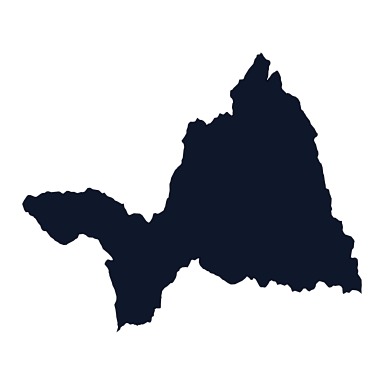 the district of Aija, Áncash, Peru
{"feature_id": "86281439B16913171463289", "entity_name": "Aija", "entity_type": "district", "adm_level": 2, "iso_a3": "PER", "parent_name": "Peru", "parent_adm1": "Áncash", "projection": "equal_earth", "projection_center": [-77.714, -9.768], "detail": "fine", "context": "isolated", "style": "filled", "palette": "ink", "viewbox_px": 384, "rotation_deg": 0, "n_neighbors": 0, "source": "geoboundaries", "source_scale": "gbopen_adm2", "svg_char_len": 5989}
<svg xmlns="http://www.w3.org/2000/svg" viewBox="0 0 384 384"><path d="M320.7,164.0L320.2,163.9L318.9,162.2L317.6,159.2L316.8,158.1L316.8,157.1L317.7,154.3L317.5,151.8L316.6,150.1L315.3,144.8L313.8,142.0L313.1,140.1L313.9,138.0L314.7,137.0L316.3,136.0L317.0,134.9L316.9,133.9L315.7,132.7L314.0,129.1L310.2,124.5L309.1,121.1L305.5,116.4L304.5,114.4L303.5,113.2L302.8,111.6L300.5,109.7L299.9,105.7L299.4,104.3L299.5,102.8L297.6,99.3L295.3,97.4L292.2,96.5L289.2,94.2L287.5,93.8L286.2,94.2L285.6,94.0L285.3,93.2L281.6,89.5L280.9,87.4L281.4,84.4L281.0,82.5L280.2,80.3L280.1,77.3L278.7,73.9L277.3,71.5L276.5,71.5L275.4,72.6L273.8,73.3L272.2,74.7L270.2,77.9L269.3,78.7L267.9,80.9L267.4,81.0L266.5,80.3L266.2,79.1L267.2,77.0L267.5,75.3L267.7,70.9L268.2,69.4L268.2,66.3L269.6,63.9L269.7,62.3L269.0,61.1L265.7,60.0L263.1,56.8L261.7,54.2L261.1,53.7L260.6,54.8L260.1,55.1L257.8,55.3L257.4,55.7L257.2,57.4L255.4,59.5L254.0,64.2L249.4,69.5L245.3,76.2L244.7,78.3L243.9,79.7L242.9,80.1L239.9,80.3L239.2,83.2L238.3,84.5L234.0,88.6L233.0,90.1L231.0,91.1L230.8,95.7L231.2,96.9L232.6,98.1L233.1,99.0L233.6,100.3L233.8,101.5L233.7,103.1L233.1,103.8L232.7,107.6L233.6,110.9L233.3,112.8L233.5,114.5L232.9,115.7L232.0,116.3L230.8,116.0L228.2,113.9L227.2,112.7L226.5,112.8L224.1,115.2L222.2,115.1L220.2,114.1L219.9,114.2L219.4,115.6L218.3,117.4L217.5,118.2L214.8,118.6L213.0,121.5L210.6,124.0L208.8,124.3L207.0,125.7L206.1,125.7L205.1,123.6L203.1,121.5L201.2,120.6L199.8,120.8L197.5,118.9L196.2,121.3L195.3,122.2L192.7,122.6L190.8,122.4L189.4,123.5L188.7,124.9L188.3,127.6L187.2,130.4L187.2,133.4L185.3,136.8L182.4,140.9L182.6,141.5L184.4,143.5L185.0,147.1L184.3,150.1L183.5,158.0L182.3,160.5L182.4,163.4L180.9,165.5L178.2,167.6L177.8,168.6L176.5,169.6L175.4,171.0L171.9,178.0L171.1,181.9L170.2,184.1L170.4,190.7L169.6,194.7L169.4,196.9L169.1,198.1L167.7,199.1L167.0,201.2L165.8,207.1L165.0,208.5L164.7,209.9L163.8,211.3L159.4,214.0L158.0,214.5L156.8,214.4L155.2,213.8L154.0,214.2L153.0,218.2L151.1,221.5L149.5,223.2L148.1,223.3L145.7,221.5L141.8,215.8L139.7,214.4L134.0,214.0L130.1,215.8L128.9,215.8L128.0,215.3L126.8,213.6L125.4,210.2L124.1,208.5L123.5,207.0L123.2,204.5L121.7,204.8L117.1,202.1L114.4,201.1L113.2,199.5L111.4,198.3L107.4,197.0L106.1,195.9L104.2,193.5L102.3,194.2L101.8,194.1L98.6,191.0L92.5,190.0L90.0,188.5L88.0,188.7L85.3,192.1L84.1,192.6L83.0,193.0L81.1,192.8L77.3,194.0L74.1,192.6L71.0,192.7L68.7,191.7L67.0,191.6L63.3,194.6L61.3,193.8L60.5,193.0L58.9,192.2L51.2,193.0L48.5,192.1L47.4,192.1L46.7,192.3L44.9,193.7L42.8,193.7L41.5,194.2L37.0,197.4L35.8,197.7L34.2,197.4L30.4,195.8L28.4,195.8L27.6,196.4L24.6,200.8L23.0,204.0L24.9,209.6L25.8,211.1L26.1,211.4L28.2,211.3L28.9,211.7L29.9,214.0L30.5,214.6L34.1,216.0L34.6,217.1L35.2,217.3L36.5,218.7L38.7,222.5L40.9,225.0L42.1,228.5L43.0,229.7L44.1,230.3L46.0,230.3L47.0,231.0L51.0,236.4L54.1,238.5L55.2,239.9L58.4,241.6L60.1,243.0L63.8,244.3L66.3,244.1L67.3,243.2L73.2,240.1L75.3,238.3L76.5,237.9L77.1,237.3L78.5,233.7L83.2,233.1L86.3,234.5L87.9,236.0L89.2,236.7L92.9,236.8L95.0,238.0L98.3,238.7L99.4,240.0L100.9,243.3L102.1,245.1L103.5,248.5L108.3,252.4L112.4,256.8L113.4,258.7L113.6,259.8L113.1,261.0L110.3,261.0L108.6,260.3L107.7,260.3L106.5,261.5L105.5,263.4L105.4,264.1L108.1,267.4L109.5,270.1L109.4,272.3L109.9,273.5L110.1,275.5L112.6,282.4L113.2,285.0L115.2,289.0L117.2,296.2L117.2,298.7L116.9,301.0L115.1,304.8L116.2,309.3L116.9,314.3L117.0,316.5L118.3,322.6L118.2,324.7L118.8,326.4L118.8,327.4L117.9,330.3L119.4,329.1L119.8,327.7L120.2,326.9L122.0,325.4L123.4,324.9L125.0,323.0L126.4,322.3L127.3,322.2L128.7,322.7L130.3,323.8L133.2,323.1L134.9,324.1L136.0,324.0L137.3,324.9L138.5,324.0L139.9,324.2L141.1,323.5L142.3,323.7L143.6,323.4L147.4,321.1L148.3,321.2L149.3,321.8L150.2,321.6L150.8,320.1L151.1,317.0L151.7,316.2L153.1,315.5L153.1,313.3L154.1,310.6L153.9,308.5L155.0,308.3L156.0,307.3L157.1,307.6L159.8,307.6L160.1,307.2L160.1,304.1L160.4,298.8L160.8,297.4L160.5,295.8L161.0,293.7L161.4,290.8L164.1,287.4L166.9,285.6L170.3,282.4L171.9,282.3L173.0,281.2L175.2,277.4L175.9,275.0L176.1,272.4L177.0,271.2L178.7,270.1L179.0,268.9L179.5,268.2L182.0,266.6L185.6,266.3L187.3,266.5L189.5,262.4L190.3,260.2L191.3,259.1L192.4,258.9L194.8,259.5L197.6,257.6L199.4,257.6L200.0,258.1L199.6,262.0L200.2,264.1L200.8,265.2L203.5,268.2L205.0,268.6L207.4,270.3L209.4,270.8L210.4,272.1L211.4,272.6L214.2,273.2L215.6,274.4L219.6,275.9L222.9,279.0L224.4,279.6L228.3,282.4L231.0,283.7L234.8,283.5L241.9,280.1L244.7,277.8L246.2,276.0L247.1,275.4L250.1,277.7L250.7,278.8L251.2,279.1L251.9,279.2L253.0,277.5L253.6,277.3L254.1,277.3L255.3,278.1L256.4,279.0L260.0,285.6L261.0,286.5L263.3,286.4L264.2,286.8L265.4,286.5L267.6,283.6L269.1,280.8L271.3,279.5L271.9,279.5L273.4,280.5L275.4,280.7L276.1,281.1L276.9,282.1L277.7,284.0L280.4,283.3L284.6,284.9L286.3,283.9L287.3,283.6L288.3,284.2L291.6,287.7L292.4,290.3L292.8,290.9L294.2,290.1L295.2,290.0L299.8,291.6L301.4,290.2L302.4,288.6L303.3,287.8L305.9,287.7L308.2,290.1L309.3,290.6L311.0,289.4L313.6,288.5L314.9,286.4L315.2,284.2L315.9,283.1L318.2,280.9L319.6,280.3L324.6,281.7L328.7,286.4L329.4,286.8L331.0,286.5L333.3,284.7L335.1,285.2L339.1,284.6L340.4,285.1L341.7,285.9L343.1,287.9L343.4,292.4L343.7,293.0L346.5,291.3L349.0,292.1L350.9,290.1L352.3,289.2L355.9,289.5L358.0,290.1L359.6,291.0L360.8,292.1L360.6,289.1L361.0,285.8L360.8,280.0L359.4,277.5L357.0,274.1L357.5,271.2L357.4,270.2L356.7,268.7L356.7,267.5L357.3,264.7L357.0,259.9L356.5,259.2L355.5,258.5L354.7,258.3L352.6,258.8L350.0,257.9L351.3,249.5L353.0,247.5L353.4,242.9L353.8,241.3L353.2,240.1L350.8,237.1L344.7,235.1L343.0,232.9L341.8,230.3L342.2,227.2L341.8,224.9L341.2,223.4L341.2,221.7L340.0,221.7L338.0,220.9L337.3,220.0L336.3,219.5L335.5,218.6L333.2,218.3L331.0,215.3L330.4,210.9L331.4,209.2L330.9,207.4L330.5,206.8L330.3,205.6L330.6,203.8L330.9,198.6L330.3,197.5L329.9,195.7L329.2,194.5L328.3,190.1L325.1,188.7L324.9,185.3L324.3,182.9L323.2,175.1L322.5,173.7L321.9,167.8L320.7,164.0Z" fill="#0f172a" stroke="#020617" stroke-width="1.5"/></svg>